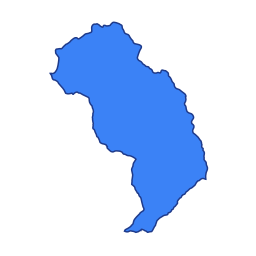 outline of Covarachia, Boyacá, Colombia, rotated 7°
{"feature_id": "7082276B26241752835550", "entity_name": "Covarachia", "entity_type": "district", "adm_level": 2, "iso_a3": "COL", "parent_name": "Colombia", "parent_adm1": "Boyacá", "projection": "robinson", "projection_center": [-72.733, 6.511], "detail": "fine", "context": "isolated", "style": "filled", "palette": "blue", "viewbox_px": 256, "rotation_deg": 7, "n_neighbors": 0, "source": "geoboundaries", "source_scale": "gbopen_adm2", "svg_char_len": 5825}
<svg xmlns="http://www.w3.org/2000/svg" viewBox="0 0 256 256"><g transform="rotate(7 128 128)"><path d="M130.3,49.5L131.2,47.3L131.4,46.6L131.4,46.0L131.3,45.4L131.0,45.0L130.6,44.6L129.0,44.0L127.6,43.8L124.4,43.5L123.2,42.8L122.6,42.0L122.1,40.8L120.6,39.6L118.8,37.6L117.9,36.2L116.8,35.3L114.2,34.7L113.4,34.3L112.9,33.7L112.3,32.8L112.1,32.2L111.4,31.1L110.5,30.1L110.1,29.2L109.6,27.3L109.3,26.9L108.9,26.6L108.0,26.3L106.5,25.6L104.3,25.1L103.2,24.9L101.7,24.8L100.5,24.9L100.0,25.2L99.3,25.9L98.3,27.2L98.0,27.9L97.6,28.4L96.0,29.0L94.5,29.3L93.9,29.3L93.0,29.0L91.7,29.0L91.2,29.4L90.9,30.6L90.7,30.9L90.3,31.0L89.4,30.8L88.2,30.3L86.7,29.2L84.8,28.4L84.4,28.4L83.9,28.7L83.1,28.9L82.0,29.0L81.2,29.3L80.8,29.7L80.3,30.3L79.8,31.5L79.7,32.8L80.2,35.9L80.2,36.6L80.0,37.1L79.6,37.6L77.1,38.9L74.6,39.7L74.0,40.1L73.4,40.7L72.2,42.1L70.3,43.9L68.4,45.5L67.6,45.6L66.9,45.2L66.4,44.8L65.6,44.7L64.9,44.8L64.1,45.1L63.0,45.9L61.8,47.1L61.0,47.9L59.6,49.9L58.2,51.2L57.2,52.0L56.2,52.5L54.1,55.0L52.8,57.0L52.0,57.5L50.8,57.5L47.2,58.5L46.9,59.0L46.6,59.8L47.1,62.4L47.6,63.1L50.3,65.9L50.8,66.5L51.0,68.5L51.0,71.3L50.9,74.3L50.5,77.7L50.0,79.3L48.8,81.6L47.9,82.5L46.9,83.0L46.2,83.2L45.2,83.1L44.2,83.3L45.0,84.4L45.8,85.1L46.0,85.9L46.5,87.0L46.6,87.4L47.2,88.5L48.1,89.2L49.5,89.3L51.0,89.8L52.0,90.3L53.0,91.1L53.6,92.1L57.7,95.8L58.1,96.1L59.9,98.0L61.9,101.1L63.5,101.4L65.0,101.3L68.1,100.3L68.4,100.4L69.0,101.1L69.4,101.1L69.7,101.1L70.1,100.4L70.9,99.6L72.3,98.7L73.1,98.6L73.5,98.6L74.6,99.2L75.0,99.3L76.0,99.2L76.7,99.4L79.0,100.4L84.6,102.3L85.2,102.7L85.6,103.1L85.9,103.7L86.2,105.5L86.7,107.1L87.8,108.8L89.1,110.1L89.6,110.5L90.4,112.7L90.6,113.1L91.0,113.6L91.4,114.7L91.7,116.0L91.7,116.5L91.4,118.0L91.6,119.6L91.4,121.3L91.4,122.0L91.8,123.3L91.8,124.0L92.6,126.7L93.0,127.5L92.9,128.7L92.9,129.1L93.1,129.5L93.1,132.3L93.4,132.8L93.6,133.1L94.3,133.4L94.8,133.8L96.0,136.2L97.4,138.4L98.0,140.0L98.3,140.4L99.4,140.9L101.0,143.4L101.8,145.3L102.2,145.8L102.9,146.2L104.4,146.7L105.6,146.8L108.1,147.2L108.9,148.4L109.3,148.7L109.7,148.7L109.8,148.9L109.8,149.1L109.6,149.7L109.7,150.2L110.1,150.7L112.5,152.5L114.0,153.4L114.6,153.5L115.5,153.6L116.1,153.5L117.2,152.9L117.8,152.5L119.2,152.1L122.1,152.0L122.8,152.0L124.6,152.5L125.2,152.9L126.2,154.0L126.7,154.3L127.1,154.5L127.7,154.4L128.4,154.5L129.8,155.0L130.4,155.3L131.5,155.4L133.2,155.3L134.3,155.5L136.0,156.0L138.7,157.2L139.7,158.0L137.8,162.1L137.6,163.0L137.5,165.4L136.8,167.6L136.7,168.4L136.7,168.9L137.0,170.0L138.3,173.7L138.4,174.3L138.4,176.0L138.3,179.3L138.5,180.6L138.6,183.5L140.2,184.5L141.4,185.4L141.9,186.0L142.2,186.7L142.4,187.4L142.8,188.2L143.4,188.9L144.0,189.6L145.0,191.0L145.3,191.4L145.7,191.6L146.2,191.6L147.2,193.6L147.8,194.5L148.2,194.8L148.6,194.9L148.7,195.0L149.5,196.3L150.7,199.7L152.5,204.3L153.0,205.1L153.5,205.8L153.8,207.1L153.3,208.2L150.5,210.6L150.1,211.6L147.4,215.1L146.0,217.2L145.3,218.6L145.0,219.8L144.7,222.4L143.7,223.8L143.2,224.3L142.8,225.2L141.8,226.2L140.4,227.4L137.7,229.3L137.4,229.9L137.1,230.8L138.1,231.1L139.4,231.2L140.2,231.1L140.7,231.0L141.7,230.4L142.7,229.9L143.4,229.7L144.5,229.9L145.8,229.9L146.9,230.1L148.5,230.6L150.8,229.7L152.7,228.1L153.3,228.2L153.6,227.0L153.9,226.9L154.5,226.9L156.1,227.3L157.0,227.8L157.9,228.0L158.6,228.2L159.9,229.0L160.2,229.1L160.6,229.0L162.0,228.4L164.1,227.9L164.7,226.9L165.3,225.4L166.3,222.7L167.1,221.4L167.2,220.8L167.2,220.2L167.4,219.6L168.0,216.6L168.3,216.1L169.9,214.1L170.4,213.5L173.9,210.7L174.8,210.2L177.1,209.5L177.5,209.3L177.8,209.1L178.1,208.4L178.1,207.8L178.4,207.3L178.9,207.0L179.5,206.9L180.5,206.0L180.9,205.4L181.2,204.8L181.3,204.0L181.7,203.6L182.5,203.2L182.8,202.6L183.1,201.2L184.0,200.3L184.4,199.9L186.2,197.0L186.3,196.4L186.1,195.8L186.0,195.1L186.1,194.3L186.3,193.9L186.6,193.5L186.8,193.0L187.5,192.1L187.9,191.3L188.8,190.8L189.2,190.3L189.6,189.4L189.6,189.0L189.8,188.5L190.4,188.1L190.6,187.6L192.4,186.7L192.9,185.7L193.2,184.9L193.6,184.2L194.7,183.3L196.9,180.6L198.0,180.0L198.9,179.3L201.4,176.6L201.5,176.4L202.5,173.9L203.5,172.3L204.1,171.9L204.9,171.6L206.9,169.6L207.5,169.2L208.3,169.0L208.8,168.9L210.0,169.1L211.1,169.4L211.5,169.4L211.1,167.4L210.9,165.8L211.0,162.9L211.3,161.6L211.8,159.6L211.8,158.6L211.6,157.4L210.3,155.0L209.8,152.9L209.5,152.3L208.8,151.6L208.2,151.1L207.5,150.3L207.3,149.9L207.2,148.3L206.8,146.7L206.9,144.3L206.8,143.3L206.2,142.1L205.1,141.0L205.1,139.4L204.8,139.0L204.0,138.6L203.7,138.2L203.3,137.0L203.4,135.9L203.3,135.3L202.9,134.7L202.8,133.9L202.2,132.4L201.8,131.8L200.9,131.1L198.7,128.6L195.6,126.3L193.8,125.3L193.3,124.9L193.0,124.4L192.7,123.6L192.5,122.3L192.6,121.7L193.2,119.9L193.3,119.2L193.3,118.9L193.1,117.8L192.4,116.9L190.7,115.7L190.5,115.1L190.4,114.5L190.3,114.0L190.6,112.7L191.4,111.2L191.8,110.2L191.8,109.2L191.2,108.0L190.8,107.4L189.8,106.5L189.0,106.1L186.6,105.6L185.7,105.2L184.9,104.7L184.3,104.0L184.1,103.4L183.5,102.1L183.0,100.2L182.5,99.1L181.5,98.2L181.4,97.9L181.1,96.8L181.2,96.4L181.2,96.0L181.7,95.1L181.9,94.3L182.0,92.6L181.3,89.9L181.6,89.7L181.5,88.9L180.9,87.9L180.1,87.1L176.8,85.2L174.4,83.7L173.7,83.5L171.8,83.1L170.9,82.8L170.2,82.3L169.6,81.7L169.0,80.8L168.4,78.7L168.0,78.2L166.3,76.7L165.7,75.8L165.2,74.8L164.2,73.3L163.6,72.6L161.9,71.4L161.7,70.6L161.5,69.3L161.1,68.4L160.3,67.8L159.1,67.0L158.3,66.6L156.9,66.6L155.3,66.3L154.9,66.4L154.5,66.5L154.2,66.8L153.9,67.7L153.7,68.8L153.3,69.3L153.0,69.5L151.1,69.2L150.5,69.4L149.5,70.0L148.3,70.2L147.3,70.2L146.3,69.8L145.6,69.2L144.9,67.7L144.4,67.2L143.4,66.6L142.7,66.5L142.0,66.0L141.1,65.0L140.7,64.8L138.2,64.6L136.7,63.4L135.4,62.9L134.9,62.5L133.2,60.8L132.3,60.3L130.7,59.7L130.2,59.4L129.2,58.4L129.0,58.0L128.7,57.0L128.8,56.2L129.5,52.5L130.3,49.5Z" fill="#3b82f6" stroke="#1e3a8a" stroke-width="1.5"/></g></svg>